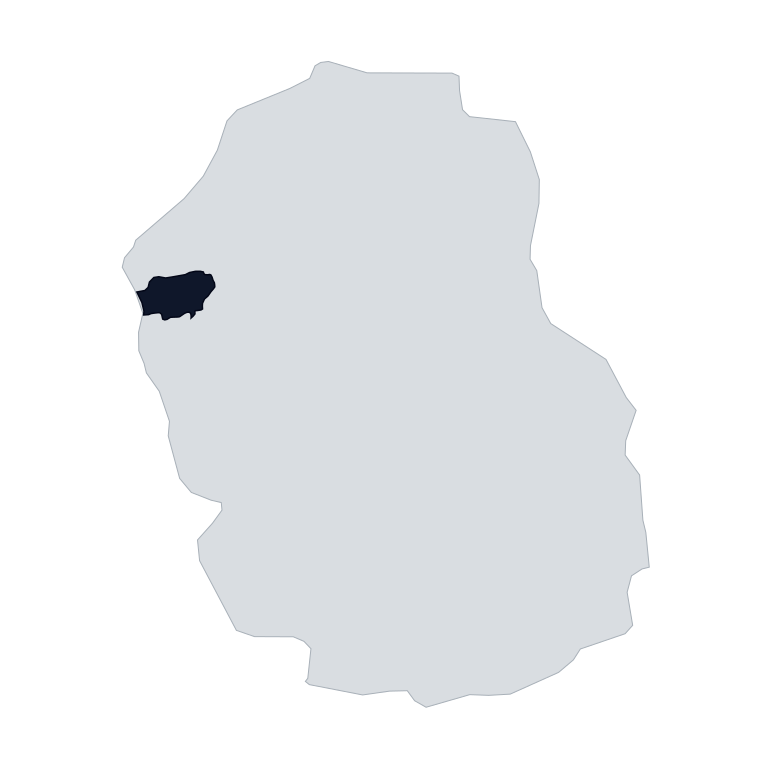 Rankovce on a map of North Macedonia (Albers equal-area conic projection), rotated 267°
{"feature_id": "MKD-4846", "entity_name": "Rankovce", "entity_type": "Statistical Region", "adm_level": 1, "iso_a3": "MKD", "parent_name": "North Macedonia", "parent_adm1": "", "projection": "albers", "projection_center": [22.099, 42.204], "detail": "fine", "context": "in_parent", "style": "filled", "palette": "ink", "viewbox_px": 768, "rotation_deg": 267, "n_neighbors": 0, "source": "natural_earth", "source_scale": "10m", "svg_char_len": 1948}
<svg xmlns="http://www.w3.org/2000/svg" viewBox="0 0 768 768"><g transform="rotate(267 384 384)"><path d="M344.0,165.9L358.0,167.8L388.5,159.2L407.5,147.3L417.1,145.5L430.0,140.9L448.5,141.6L467.2,146.9L491.0,140.0L514.3,128.7L523.7,131.5L533.9,141.0L540.6,143.6L579.6,194.1L601.0,214.4L626.2,229.8L655.0,241.0L665.4,251.8L684.1,305.5L693.1,325.8L705.4,331.8L708.4,337.6L709.0,345.4L695.6,383.4L690.9,468.2L687.5,475.0L673.0,474.8L653.8,476.8L646.5,483.4L639.1,529.0L608.2,542.3L580.0,549.8L556.3,548.2L514.5,537.5L500.9,536.4L489.2,542.5L451.9,545.8L435.6,553.7L396.9,607.0L357.8,625.2L344.5,634.4L314.7,622.4L300.4,621.1L279.7,634.5L234.4,635.4L222.1,637.7L187.2,639.3L185.8,632.0L179.5,621.1L163.3,615.9L130.0,619.7L122.0,611.7L109.1,566.2L98.6,558.7L86.9,543.3L67.7,493.8L67.6,472.2L69.3,453.4L59.0,409.1L66.1,398.0L76.5,391.2L77.0,373.4L74.6,346.4L87.7,293.7L91.1,289.9L94.1,292.5L123.5,297.2L131.2,290.6L136.3,280.2L138.5,241.5L145.7,223.7L217.2,190.6L238.0,189.6L253.9,205.4L266.5,215.6L274.1,215.3L277.0,205.3L285.8,185.9L300.4,175.0L343.6,165.8L344.0,165.9Z" fill="#d9dde1" stroke="#a8b0b8" stroke-width="1"/><path d="M469.4,148.1L478.1,146.5L488.8,142.0L489.9,150.1L492.8,153.5L498.1,155.1L502.4,159.7L502.9,164.7L501.3,171.5L502.0,178.3L503.6,191.3L505.5,195.6L506.4,201.5L506.2,206.4L505.3,209.5L504.6,209.6L502.7,210.5L502.3,213.4L502.5,215.7L502.0,216.8L499.7,217.9L496.5,218.7L494.0,219.9L491.8,220.1L489.8,220.1L487.8,218.5L485.3,216.1L481.1,212.8L478.2,209.1L474.1,207.0L471.4,206.7L468.4,206.7L467.5,205.1L467.1,201.1L467.1,199.7L466.4,198.9L463.9,198.9L461.7,196.9L460.0,194.8L460.8,194.9L462.9,194.9L464.8,194.6L465.9,193.1L465.9,190.9L465.0,188.5L463.1,185.4L461.9,183.4L461.7,181.7L461.8,176.9L461.8,174.3L461.1,172.9L459.9,170.7L459.5,168.4L460.4,166.4L464.0,165.8L465.3,165.6L467.0,163.6L467.0,161.5L466.8,157.9L466.5,155.0L465.6,152.6L465.5,147.6L469.4,148.1Z" fill="#0f172a" stroke="#020617" stroke-width="1.5"/></g></svg>